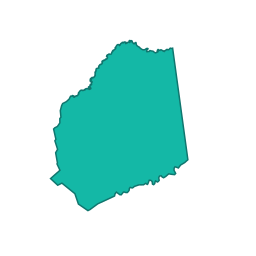 Lascano, Rocha, Uruguay (Albers equal-area conic projection), rotated 37°
{"feature_id": "84410073B78033052347779", "entity_name": "Lascano", "entity_type": "district", "adm_level": 2, "iso_a3": "URY", "parent_name": "Uruguay", "parent_adm1": "Rocha", "projection": "albers", "projection_center": [-54.358, -33.755], "detail": "fine", "context": "isolated", "style": "filled", "palette": "teal", "viewbox_px": 256, "rotation_deg": 37, "n_neighbors": 0, "source": "geoboundaries", "source_scale": "gbopen_adm2", "svg_char_len": 5094}
<svg xmlns="http://www.w3.org/2000/svg" viewBox="0 0 256 256"><g transform="rotate(37 128 128)"><path d="M78.2,56.2L78.3,56.7L78.3,56.9L78.1,57.0L77.9,57.0L77.4,56.8L76.8,57.0L76.6,57.2L76.5,57.7L76.6,57.8L77.3,57.9L77.8,58.0L77.9,58.4L77.8,58.7L77.6,58.9L76.7,59.0L76.5,59.3L76.2,60.2L76.0,60.6L76.0,60.8L75.9,61.1L75.7,61.3L75.5,61.7L75.4,61.9L75.2,61.9L74.8,61.6L74.8,61.4L75.2,61.1L75.1,60.9L74.9,60.8L74.1,61.0L73.7,61.2L73.1,61.8L73.2,62.1L73.2,62.3L72.9,63.0L72.5,63.1L72.2,62.9L71.9,63.0L71.8,64.1L71.4,64.9L71.7,66.3L71.6,67.2L71.4,67.2L70.9,66.8L70.6,66.8L69.6,67.6L69.5,67.8L69.3,68.5L69.3,69.0L69.5,70.6L69.5,71.0L69.4,71.5L69.5,71.7L69.7,71.8L69.8,71.8L69.8,71.4L70.1,71.5L70.3,72.5L70.1,72.9L70.0,73.8L69.7,74.1L69.7,74.4L69.7,74.7L69.3,75.1L69.3,75.4L69.7,75.5L69.7,75.8L69.4,75.9L69.4,76.4L69.7,76.6L69.7,76.8L69.6,77.5L70.0,78.4L70.1,78.9L69.9,79.5L69.5,79.7L69.2,79.9L68.6,80.2L68.5,80.6L68.2,80.6L68.1,81.0L67.8,81.6L67.8,82.0L67.5,82.1L67.5,82.9L68.0,83.2L67.7,83.4L67.8,83.6L68.1,83.4L68.3,83.4L68.5,83.5L68.9,83.7L69.1,84.0L69.1,84.3L69.4,84.4L69.5,84.6L69.4,84.8L69.3,85.0L69.3,85.3L69.5,85.5L69.3,86.1L69.1,86.1L68.8,86.2L68.7,86.5L68.6,86.9L68.6,87.4L68.7,87.9L68.6,88.0L68.5,87.9L68.1,88.5L67.9,88.4L67.7,88.8L68.0,89.0L67.9,89.2L67.6,89.4L67.6,89.6L67.4,89.7L67.4,90.0L67.2,90.1L67.2,90.5L67.9,90.9L67.9,91.4L68.1,91.6L68.4,91.7L68.5,91.9L68.4,92.3L68.5,92.5L68.5,92.8L68.4,92.9L68.3,93.2L68.1,93.3L67.9,93.5L68.0,93.8L67.8,94.0L67.6,94.0L67.4,94.8L67.5,95.2L67.5,96.1L67.4,96.3L67.5,96.4L67.8,96.6L68.0,97.2L68.2,97.3L68.3,97.5L68.5,97.6L68.1,98.3L67.6,98.8L67.3,99.2L67.2,99.3L67.0,99.6L67.5,101.0L67.8,101.1L67.9,101.5L68.0,101.9L68.2,102.1L68.0,102.6L68.1,102.8L68.3,102.9L68.2,103.2L68.2,103.4L68.6,103.6L68.8,104.1L69.2,104.3L69.3,104.5L69.3,104.9L69.8,105.4L70.0,105.5L70.3,105.9L70.1,106.3L70.4,107.3L70.3,107.5L70.1,107.7L70.2,108.0L70.2,108.4L70.1,108.6L69.6,108.8L69.5,109.1L69.3,109.0L68.9,109.2L68.8,109.4L68.9,109.8L68.7,110.1L68.6,110.4L69.2,110.4L69.3,110.5L69.2,110.7L68.6,111.0L68.5,111.6L68.8,111.8L68.8,112.2L68.9,112.3L69.2,112.1L69.6,112.0L69.8,112.0L69.8,112.3L69.5,112.3L69.4,112.5L69.3,112.8L69.4,113.2L69.6,113.2L69.8,113.2L69.9,112.7L70.0,112.7L70.6,113.0L70.8,113.0L71.1,112.8L71.3,112.7L71.4,112.8L71.4,113.1L71.2,113.5L71.3,113.8L71.6,114.0L71.8,113.8L71.9,114.4L72.0,114.8L72.4,114.9L72.7,115.2L72.8,115.4L72.7,115.6L72.5,115.8L72.1,115.8L71.9,115.9L71.8,116.0L71.9,116.7L72.2,116.8L72.4,116.9L72.5,117.1L72.5,117.5L72.3,118.0L72.0,118.6L71.9,118.7L71.8,118.9L71.8,119.0L71.9,119.3L72.3,119.5L72.5,119.5L73.2,119.3L73.7,118.9L73.8,118.8L73.8,118.4L74.3,118.5L74.5,118.8L74.6,119.0L74.1,120.2L73.9,120.4L73.6,120.6L73.4,120.5L72.8,120.1L72.3,120.3L72.3,120.6L72.0,121.0L71.8,121.3L71.1,121.5L70.8,121.9L70.4,122.9L70.7,122.8L70.8,122.9L70.7,123.4L70.1,124.4L69.9,124.6L69.4,125.3L68.7,125.3L68.3,125.7L68.1,125.8L67.9,125.9L67.9,126.1L67.7,126.2L67.4,126.9L67.4,127.3L67.3,128.1L67.4,129.0L67.3,129.7L67.6,130.2L67.7,130.3L67.9,130.2L68.0,130.2L68.2,130.6L67.9,130.9L67.9,131.0L68.2,132.0L68.1,132.8L67.4,133.3L67.2,134.1L66.5,134.4L66.4,134.6L66.4,134.8L66.7,135.3L66.7,135.5L66.4,135.9L66.1,135.9L65.9,135.8L65.9,135.5L65.4,135.7L65.4,135.4L65.1,135.3L64.9,135.2L64.0,135.6L63.8,136.5L63.6,136.8L63.0,137.2L63.6,140.4L62.8,144.3L61.1,147.8L61.5,150.0L63.5,154.9L67.9,159.7L67.9,161.5L70.5,164.9L70.7,169.3L69.4,171.9L69.2,173.6L77.2,180.4L77.3,182.2L84.6,187.4L85.1,191.3L92.7,198.4L92.9,199.4L99.1,202.7L96.6,215.0L106.3,216.0L108.4,211.8L125.1,212.4L134.2,218.6L145.7,218.1L146.7,216.1L149.5,206.7L158.2,190.4L157.3,188.5L157.3,186.2L161.6,186.2L162.8,185.4L162.9,182.0L163.5,181.4L164.8,181.0L166.2,180.1L166.5,178.5L166.4,177.1L165.5,175.5L165.5,174.1L167.4,173.4L168.0,172.3L168.2,170.9L171.0,166.8L174.6,164.0L175.0,162.7L175.5,161.5L177.3,161.5L177.5,160.8L176.4,156.9L177.7,156.1L179.5,156.2L180.5,157.3L181.4,158.1L182.6,157.8L182.8,156.3L182.0,154.6L181.9,153.7L183.9,153.5L184.4,152.5L184.4,151.0L182.5,149.3L182.1,147.5L183.2,146.2L184.9,146.6L186.4,146.3L187.3,144.0L188.1,140.1L190.8,138.7L193.3,137.2L193.4,135.6L190.2,134.1L189.0,132.3L188.9,130.6L192.3,129.6L192.3,125.9L194.1,121.5L194.9,117.3L115.6,37.4L115.2,37.9L115.0,38.2L113.7,38.8L113.6,39.2L113.5,40.6L112.9,41.5L112.3,41.5L111.7,41.9L111.4,42.6L111.4,43.3L110.9,44.3L110.8,45.0L110.2,44.8L109.9,45.4L108.6,45.4L108.1,45.6L107.4,45.6L107.0,46.0L106.9,46.8L106.2,47.1L105.6,47.0L104.8,47.2L104.7,48.0L105.0,48.8L105.6,48.6L105.8,48.6L106.0,48.8L106.0,49.1L106.0,49.3L105.3,50.4L105.0,51.2L104.6,51.5L104.2,51.6L103.5,51.7L102.1,51.6L101.8,51.6L101.0,52.0L100.1,52.5L99.0,52.9L98.9,53.0L98.9,54.1L98.8,54.3L98.2,54.6L97.3,55.7L96.8,55.6L96.4,55.3L96.2,54.7L96.2,53.9L96.2,53.5L96.4,53.1L96.2,52.6L95.9,52.6L95.4,52.9L94.8,53.6L94.6,54.6L94.1,55.5L93.6,56.0L93.2,56.3L92.3,56.7L91.4,56.9L89.1,56.8L88.5,56.6L87.6,56.8L85.9,56.9L85.1,56.7L84.5,56.4L83.1,55.1L82.9,55.0L82.6,55.2L82.4,55.5L82.3,55.9L82.5,56.5L82.3,56.9L82.1,57.1L81.5,57.2L80.9,57.0L79.6,56.9L79.4,56.7L79.2,56.2L78.4,56.1L78.2,56.2Z" fill="#14b8a6" stroke="#0f766e" stroke-width="1.5"/></g></svg>